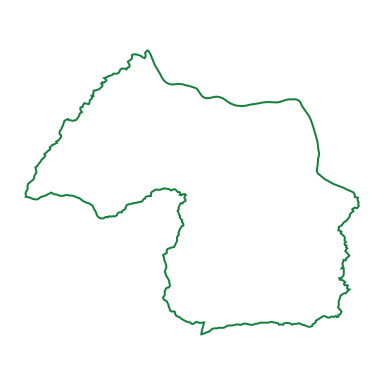 Palmeirante, Tocantins, Brazil (Natural Earth projection), rotated 269°
{"feature_id": "56859067B84027075670331", "entity_name": "Palmeirante", "entity_type": "district", "adm_level": 2, "iso_a3": "BRA", "parent_name": "Brazil", "parent_adm1": "Tocantins", "projection": "natural_earth1", "projection_center": [-48.155, -7.846], "detail": "fine", "context": "isolated", "style": "outline", "palette": "green", "viewbox_px": 384, "rotation_deg": 269, "n_neighbors": 0, "source": "geoboundaries", "source_scale": "gbopen_adm2", "svg_char_len": 5944}
<svg xmlns="http://www.w3.org/2000/svg" viewBox="0 0 384 384"><g transform="rotate(269 192 192)"><path d="M190.0,25.6L189.6,28.2L189.1,30.3L187.9,32.6L187.3,36.0L187.4,37.6L189.7,40.8L190.6,44.4L193.9,51.4L192.6,53.2L192.0,54.9L191.8,56.8L190.4,60.0L190.5,63.4L190.8,64.9L191.3,66.3L190.6,69.7L190.5,72.0L189.9,74.1L188.2,77.6L187.8,79.4L185.0,82.7L183.8,84.9L182.0,89.7L180.7,91.3L179.9,92.6L178.2,93.1L176.3,94.0L174.8,95.0L172.8,95.8L170.7,96.4L168.8,97.6L167.7,99.1L167.2,100.5L167.1,102.3L167.6,103.8L168.7,105.6L168.2,107.6L169.1,108.7L168.9,111.0L169.2,112.8L168.9,114.4L170.1,116.5L171.7,117.1L173.0,118.9L172.9,121.6L174.5,122.1L175.4,123.8L176.4,125.2L178.0,125.3L180.3,126.8L181.0,129.7L181.4,132.0L182.0,133.8L182.2,136.2L182.7,138.3L182.9,140.5L183.7,142.0L185.4,143.3L186.5,145.0L187.9,145.6L188.7,148.2L188.7,150.8L192.0,151.2L193.1,152.2L193.7,153.8L194.8,155.0L195.1,156.5L194.8,158.0L194.8,160.1L196.1,163.8L195.6,167.8L195.1,169.5L193.9,171.0L195.2,174.3L194.4,176.0L193.3,176.7L192.1,177.8L192.1,179.6L190.8,180.3L189.4,179.7L188.9,181.3L189.9,182.8L190.1,184.7L189.2,185.8L187.7,184.6L185.8,184.3L184.6,185.3L183.2,185.3L182.0,183.1L180.7,182.4L181.1,180.6L179.4,179.6L176.4,178.2L174.8,178.5L173.4,177.2L171.9,178.1L170.2,178.4L168.6,179.5L166.8,179.4L165.5,180.1L163.9,181.8L162.3,181.2L160.8,182.7L158.7,182.8L157.7,180.9L154.7,179.1L151.4,177.8L149.7,178.2L148.3,176.9L146.9,176.2L144.9,176.3L142.6,176.0L141.0,174.9L137.4,173.2L137.0,171.3L135.6,166.7L133.7,165.6L131.6,165.8L130.4,163.9L129.7,162.1L128.4,162.2L126.7,162.9L124.6,163.0L122.8,163.9L121.3,164.2L119.5,164.8L117.3,165.1L112.5,163.3L110.9,164.4L109.1,164.4L107.3,165.7L103.4,167.7L101.3,167.8L99.8,168.2L98.3,168.2L96.8,166.9L96.8,165.3L95.9,164.2L94.6,163.8L93.4,163.0L90.0,163.0L88.6,162.5L87.0,161.1L85.0,161.8L83.9,163.8L82.8,165.1L79.0,166.7L77.6,166.7L75.8,167.6L73.7,168.2L72.8,169.7L73.0,171.5L72.1,173.1L70.5,172.9L68.5,174.2L67.6,175.8L67.0,177.5L65.7,178.7L62.6,184.0L61.9,186.1L61.6,188.0L60.3,189.0L60.0,190.7L62.1,194.1L60.9,197.8L61.3,200.1L61.4,201.8L52.3,199.2L49.6,198.9L50.0,200.8L51.7,204.9L52.1,206.5L52.9,207.7L54.1,208.8L55.0,210.3L55.3,212.2L55.2,214.2L55.8,216.6L55.6,220.6L56.2,222.8L57.7,224.8L57.9,227.5L57.9,230.4L58.5,232.5L58.9,234.8L58.2,238.6L59.2,240.3L59.5,242.7L59.3,244.4L58.2,248.0L58.1,250.7L59.1,252.6L59.1,254.6L59.6,256.6L60.2,258.2L60.0,266.1L60.9,268.8L60.3,271.0L59.3,275.8L57.8,276.6L58.0,278.4L57.7,280.7L59.1,281.5L59.3,283.5L59.4,286.1L58.6,288.3L57.6,290.0L58.3,291.7L58.4,294.5L58.9,296.8L57.4,299.9L57.0,302.0L55.8,304.4L55.2,306.4L55.3,308.3L56.0,309.9L57.4,310.2L59.5,313.4L61.1,313.5L63.3,317.3L65.6,321.0L65.3,323.6L64.0,325.4L64.1,327.6L65.1,329.4L64.6,331.5L65.5,333.6L64.3,335.0L65.0,336.3L66.4,336.1L66.9,337.8L68.3,338.7L69.8,339.4L71.7,338.1L72.9,336.9L74.2,336.0L76.4,336.9L78.0,336.7L80.2,336.8L84.1,338.3L85.8,338.7L87.2,340.8L88.1,342.5L88.1,344.1L89.4,345.1L91.8,347.6L92.1,345.9L93.6,345.2L95.6,346.2L96.2,344.9L96.1,343.0L97.5,342.2L99.1,343.6L100.5,342.0L101.6,340.1L101.7,338.2L103.3,337.8L103.3,339.5L105.6,341.8L107.0,342.3L111.6,342.4L113.2,342.3L113.0,340.3L114.9,341.7L117.9,341.1L119.7,342.1L121.4,342.3L121.0,344.4L123.0,345.0L124.4,347.0L125.6,348.1L127.8,346.6L130.2,344.2L131.8,345.2L133.0,346.3L133.9,345.0L135.8,345.6L136.3,343.9L138.0,343.6L139.4,345.1L141.1,343.6L143.1,344.1L144.8,343.6L148.3,339.9L149.6,340.7L150.6,339.4L151.1,337.6L152.7,338.1L154.6,338.2L155.2,339.8L156.7,341.6L158.7,343.0L161.1,346.6L162.3,347.2L163.6,348.6L165.2,349.3L167.3,349.8L168.9,351.5L170.0,353.1L171.9,351.9L173.3,353.8L173.4,355.2L173.0,356.9L175.2,358.5L177.3,357.9L178.5,358.5L180.4,357.6L182.0,357.4L183.4,357.8L184.1,354.6L186.2,354.7L188.6,353.5L189.9,351.2L191.5,347.4L193.6,343.5L197.3,334.2L199.1,330.8L200.3,329.0L202.0,325.8L203.0,324.4L208.3,318.3L210.3,317.2L212.3,317.2L216.5,318.1L221.4,318.5L224.8,319.1L226.5,319.6L228.3,319.8L232.0,319.1L240.0,318.3L245.6,316.9L256.2,314.0L261.9,312.1L266.2,310.2L274.8,304.3L276.6,303.2L278.8,302.4L280.4,301.5L281.7,300.2L282.4,298.7L282.9,297.1L282.9,289.7L282.3,287.2L280.5,281.1L280.1,279.3L280.1,277.5L280.6,269.7L280.5,267.3L280.3,264.6L279.2,258.4L278.4,252.0L277.4,247.4L277.0,244.4L277.1,242.1L277.6,238.2L278.0,236.5L278.9,234.3L279.8,232.1L282.1,228.6L283.6,226.8L284.8,225.0L285.7,223.4L286.3,221.5L286.7,219.6L286.9,217.8L286.6,215.7L285.7,211.3L285.5,208.7L286.0,206.1L287.6,203.8L291.0,201.4L294.1,199.5L295.3,198.4L296.2,196.5L297.8,191.9L299.1,186.7L299.6,185.3L300.1,183.1L300.3,181.0L300.3,178.9L299.8,174.9L300.0,172.8L300.8,170.1L301.8,168.3L303.1,166.7L305.8,164.5L311.1,161.9L318.9,157.4L320.7,156.6L330.1,153.0L333.4,151.3L334.4,150.1L333.2,148.6L331.8,147.5L330.2,148.0L328.6,148.0L326.7,147.1L327.3,145.2L328.6,143.9L330.1,140.5L330.8,136.4L330.0,134.3L327.8,134.5L326.0,133.9L323.3,130.1L321.2,131.2L319.3,131.9L317.9,131.3L317.5,129.6L315.7,128.6L316.5,127.2L316.6,125.7L316.6,123.9L315.6,122.5L312.9,121.1L311.6,119.2L311.7,115.5L310.3,114.1L309.4,110.8L308.3,109.0L307.5,106.2L306.5,107.3L305.2,108.3L303.9,107.3L303.1,106.0L303.2,103.9L301.8,103.1L301.1,104.4L299.3,104.1L296.6,101.3L295.2,97.3L295.1,95.4L293.3,95.3L291.6,94.7L289.7,95.1L289.9,93.2L288.2,93.8L286.7,93.1L285.6,91.4L283.7,91.3L281.6,90.3L282.7,85.8L280.5,84.5L278.7,84.1L278.6,82.1L277.0,81.7L275.3,82.2L273.9,83.4L273.0,82.2L272.3,80.9L270.4,80.7L267.0,78.2L265.9,77.2L265.6,75.5L265.2,74.0L265.8,72.2L266.0,70.3L267.2,69.1L265.4,65.7L260.8,64.1L258.8,63.0L257.1,62.4L255.6,61.1L253.6,60.5L251.9,60.8L251.1,62.1L249.5,62.0L247.7,61.0L245.9,59.3L244.8,57.1L243.5,57.9L241.9,54.5L241.3,52.9L240.0,51.8L239.1,50.5L237.2,51.0L236.0,49.2L233.5,46.4L232.5,45.0L230.9,45.9L229.2,44.8L228.0,43.6L227.0,42.2L225.5,41.5L224.2,40.3L220.7,37.7L219.4,35.9L214.4,36.8L211.3,34.9L207.8,34.1L206.3,32.5L205.2,30.9L203.1,28.4L201.4,27.7L197.7,27.7L194.8,25.9L193.2,25.5L191.6,26.0L190.0,25.6Z" fill="none" stroke="#15803d" stroke-width="2"/></g></svg>